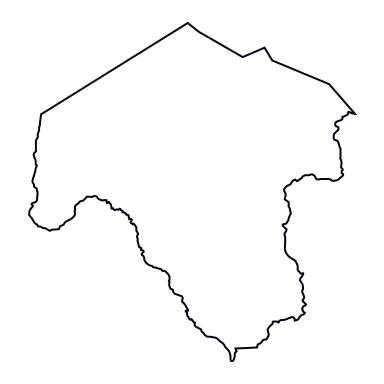 Los Chiles, Alajuela, Costa Rica
{"feature_id": "36466004B82753262426654", "entity_name": "Los Chiles", "entity_type": "district", "adm_level": 2, "iso_a3": "CRI", "parent_name": "Costa Rica", "parent_adm1": "Alajuela", "projection": "albers", "projection_center": [-84.675, 10.857], "detail": "fine", "context": "isolated", "style": "outline", "palette": "ink", "viewbox_px": 384, "rotation_deg": 0, "n_neighbors": 0, "source": "geoboundaries", "source_scale": "gbopen_adm2", "svg_char_len": 6011}
<svg xmlns="http://www.w3.org/2000/svg" viewBox="0 0 384 384"><path d="M354.9,113.8L329.2,84.2L272.3,60.5L264.5,47.7L242.7,57.1L199.1,32.0L187.7,23.0L41.1,114.3L39.9,123.2L39.8,125.8L39.5,126.2L39.1,127.2L39.1,130.2L37.8,134.0L37.8,137.4L36.3,139.7L35.9,141.0L35.9,149.6L36.1,149.9L36.1,151.0L35.6,151.7L35.3,151.9L34.0,153.4L33.6,154.2L33.7,155.2L34.1,156.0L34.2,157.1L35.5,160.0L35.7,161.1L35.7,164.1L36.8,165.7L35.7,168.4L35.1,172.1L34.6,173.0L34.0,175.7L32.6,179.7L32.5,182.4L34.0,184.5L34.0,186.2L34.3,186.8L35.0,187.5L36.6,188.4L37.3,191.8L37.5,191.9L37.6,194.5L37.2,196.1L37.1,199.4L36.5,201.3L35.4,202.1L32.4,203.1L31.9,203.5L31.6,204.6L32.8,205.4L32.8,206.4L30.2,209.5L29.8,210.3L29.3,211.8L29.3,214.4L29.1,214.9L30.6,217.0L31.7,217.9L32.3,219.3L34.3,222.2L34.6,223.0L37.3,224.7L37.7,226.0L38.2,226.4L40.4,226.5L42.6,227.9L45.3,228.2L48.9,230.4L50.1,230.8L51.5,229.8L52.0,229.7L58.9,229.2L59.1,229.0L59.1,228.5L59.8,226.8L60.3,226.1L61.3,225.6L62.0,225.5L63.6,224.7L64.5,223.0L65.7,221.7L67.8,220.7L68.6,220.1L70.8,219.2L71.4,218.8L72.0,218.1L72.8,217.7L73.1,217.1L74.5,215.7L75.0,214.0L75.0,212.3L74.7,211.8L74.6,211.2L75.2,209.7L75.0,208.5L75.0,206.6L75.5,205.6L76.3,204.7L77.7,204.0L79.8,201.6L81.3,201.0L82.9,200.7L83.9,200.0L84.2,199.4L85.6,198.5L86.1,197.5L86.8,196.7L92.3,196.9L94.3,195.9L96.6,196.5L96.9,196.7L97.5,197.9L98.1,198.6L99.9,199.6L101.6,200.3L103.6,200.3L104.4,200.1L106.4,200.2L106.5,202.0L107.0,203.1L107.8,202.7L108.4,201.9L108.9,201.9L109.3,202.2L109.6,203.2L110.8,204.3L111.4,207.0L111.5,208.4L111.8,208.6L112.2,208.6L112.9,208.2L113.5,209.2L114.4,210.0L115.2,210.0L116.5,209.4L118.4,209.7L119.3,208.8L120.3,209.0L120.8,210.2L122.3,210.7L122.6,210.9L122.6,212.3L124.7,212.6L125.1,213.4L125.9,213.7L126.4,214.7L128.5,215.2L128.7,216.9L129.4,218.0L129.2,219.1L131.3,219.1L131.8,219.5L131.6,220.7L130.6,222.1L130.7,222.7L131.2,223.2L132.8,223.7L132.8,225.2L133.1,224.0L133.4,223.7L133.8,223.8L135.0,225.2L135.8,226.7L136.4,227.2L136.3,230.7L137.4,232.2L138.0,233.9L138.0,234.3L137.2,235.8L137.0,237.2L137.8,238.8L137.5,240.4L139.0,246.6L139.4,247.2L141.2,248.1L141.2,249.0L140.9,249.5L141.1,250.1L143.2,250.5L143.5,250.7L143.6,252.1L142.5,252.9L141.7,253.9L141.7,254.6L141.9,255.0L143.2,255.8L143.8,256.5L144.1,257.3L144.3,259.7L145.1,261.4L146.7,263.4L149.2,265.1L150.4,265.6L152.0,265.9L153.0,267.1L153.8,267.4L155.7,267.5L156.3,267.9L161.3,269.3L161.8,269.9L161.8,270.4L162.3,270.8L164.6,271.0L165.7,271.5L166.9,272.9L168.3,274.3L169.1,275.8L169.1,276.3L169.5,276.8L169.6,277.5L169.4,280.0L168.9,280.8L168.9,281.3L169.5,282.2L169.5,283.1L169.1,284.2L169.1,284.9L170.2,288.3L170.7,289.0L172.5,289.4L172.9,289.8L173.0,291.2L173.4,292.2L174.1,293.2L174.8,293.8L181.7,296.2L182.2,296.8L182.7,297.8L182.7,298.6L182.2,299.9L182.2,301.8L182.7,302.3L183.5,302.7L184.4,304.0L185.1,304.6L185.4,305.4L188.0,309.9L188.1,310.6L185.8,310.8L185.7,311.3L186.5,312.2L187.1,313.2L187.1,314.6L187.6,316.2L189.2,318.5L190.4,319.8L190.5,319.8L190.8,319.3L191.2,319.1L192.2,319.8L192.8,321.2L193.9,322.1L193.9,322.4L194.9,322.8L194.7,325.2L195.5,326.4L196.4,327.1L200.8,329.2L201.3,329.9L201.4,331.0L202.0,332.0L203.3,332.7L204.4,334.6L206.5,336.3L207.2,336.6L211.3,336.9L215.9,337.8L217.3,338.7L220.5,341.7L222.4,342.9L224.0,344.6L225.4,347.2L228.2,350.1L229.4,351.9L230.4,355.2L230.5,359.6L230.9,360.8L231.2,361.0L232.9,360.9L233.9,359.4L234.7,356.4L234.9,352.8L236.6,351.3L235.5,348.5L257.1,347.5L257.6,344.8L258.1,344.2L260.2,343.4L260.8,343.0L263.0,340.1L264.1,339.7L266.4,339.4L266.8,339.0L267.4,337.7L268.4,336.2L268.7,335.0L268.7,334.4L267.6,329.6L268.9,327.3L271.0,325.0L271.9,324.5L272.5,323.6L272.8,322.1L273.3,321.5L277.1,321.6L278.3,322.5L279.0,321.9L279.3,321.0L280.4,320.2L280.8,320.1L283.1,320.0L285.3,319.6L286.4,319.1L287.0,319.1L288.6,318.1L289.9,317.9L291.6,317.1L292.9,317.1L293.9,318.1L294.2,318.1L294.8,319.2L294.8,320.5L297.1,320.1L297.2,319.8L298.0,319.5L298.6,318.8L299.2,317.4L299.9,316.8L300.7,315.6L302.3,314.8L303.5,314.5L304.6,313.5L304.8,313.0L304.8,312.7L303.3,311.7L303.0,310.8L302.7,310.7L302.3,309.8L302.3,308.5L303.1,306.5L303.6,306.1L304.5,305.9L305.3,305.4L306.0,304.4L304.7,303.2L303.9,302.2L303.3,301.9L302.9,301.0L302.7,300.9L302.9,299.8L303.6,298.7L304.2,297.4L304.2,296.7L303.7,295.7L303.5,294.8L302.2,292.4L302.2,290.7L303.0,289.3L303.0,286.6L302.3,283.9L300.0,280.5L300.2,278.9L300.6,278.0L301.8,276.9L303.2,274.1L303.3,273.5L303.2,273.3L302.0,273.6L300.7,273.4L299.9,272.7L299.3,271.7L298.1,270.7L297.7,270.0L297.7,266.4L297.5,265.3L295.9,261.6L294.2,259.9L292.0,258.8L291.2,258.1L289.3,256.9L288.0,255.6L285.9,252.5L285.7,251.6L285.3,251.1L284.9,249.3L285.0,244.1L285.2,243.8L285.2,237.1L284.5,235.0L284.5,234.2L284.8,233.1L286.3,230.9L286.5,229.2L283.6,226.6L282.8,225.4L282.7,224.6L283.5,224.2L285.7,223.8L286.8,222.9L287.2,222.0L288.3,220.2L288.7,218.2L290.1,214.7L290.8,213.8L290.8,212.9L290.1,210.6L289.8,208.4L288.6,206.5L288.6,205.0L288.8,204.5L288.7,202.2L284.8,199.4L284.9,198.1L285.6,196.0L285.6,194.3L285.3,192.9L284.2,190.8L284.2,189.0L284.6,188.3L287.1,185.8L288.9,185.1L290.5,184.2L292.4,181.1L293.6,180.2L294.4,180.0L294.9,179.6L295.3,179.6L296.7,181.0L297.1,181.1L299.8,179.4L300.0,179.0L301.7,178.2L302.3,176.9L303.0,176.3L305.1,175.2L309.1,175.2L311.0,174.4L312.0,174.4L314.0,175.3L314.8,176.2L316.0,178.5L316.9,179.4L318.9,179.4L320.8,179.0L329.0,179.0L330.0,179.2L332.1,180.8L333.8,180.8L336.0,180.5L338.1,179.7L343.1,175.4L343.1,174.1L341.6,173.1L341.8,171.5L342.1,170.6L342.6,170.1L342.6,168.8L341.6,168.1L341.1,167.6L341.5,162.8L341.3,160.9L340.3,158.3L340.5,156.7L340.5,149.1L340.3,148.3L340.1,147.7L339.7,147.3L338.8,143.7L337.5,140.9L337.3,140.6L336.7,140.6L334.5,139.8L333.7,138.4L333.7,135.4L333.9,134.5L334.8,133.1L338.5,129.6L338.3,127.4L338.0,127.0L335.9,126.2L335.2,125.3L335.2,124.0L335.5,122.8L335.9,122.3L336.9,121.6L340.6,120.3L342.1,119.4L342.4,119.0L342.4,117.0L346.8,115.1L347.9,114.3L348.2,113.8L348.2,112.1L348.4,112.0L349.7,112.1L352.4,113.5L354.9,113.8Z" fill="none" stroke="#020617" stroke-width="2"/></svg>